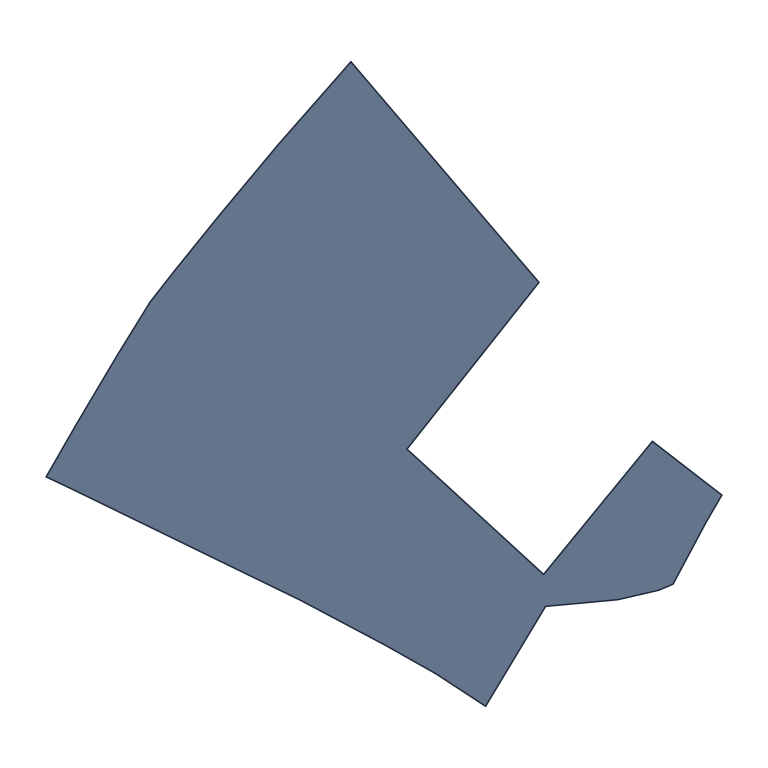 the district of Arad, Arad, Romania
{"feature_id": "2599482B31785088370324", "entity_name": "Arad", "entity_type": "district", "adm_level": 2, "iso_a3": "ROU", "parent_name": "Romania", "parent_adm1": "Arad", "projection": "orthographic", "projection_center": [21.166, 46.054], "detail": "fine", "context": "isolated", "style": "filled", "palette": "slate", "viewbox_px": 768, "rotation_deg": 0, "n_neighbors": 0, "source": "geoboundaries", "source_scale": "gbopen_adm2", "svg_char_len": 498}
<svg xmlns="http://www.w3.org/2000/svg" viewBox="0 0 768 768"><path d="M407.0,449.1L512.1,316.3L539.0,282.4L506.1,243.9L361.3,73.9L350.9,61.7L332.4,82.9L278.1,144.7L217.5,217.5L174.8,270.4L150.1,302.0L118.0,354.0L76.5,424.0L46.1,476.9L73.4,489.8L206.7,554.7L300.1,600.1L385.0,645.1L435.9,673.8L485.6,706.3L545.6,606.4L617.8,599.7L658.9,590.2L673.1,584.1L706.0,522.5L721.9,495.1L687.1,468.2L652.4,441.3L598.0,507.8L543.6,574.4L407.0,449.1Z" fill="#64748b" stroke="#1e293b" stroke-width="1.5"/></svg>